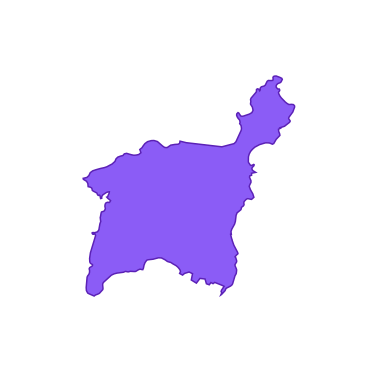 outline of Crimea, rotated 311°
{"feature_id": "UKR-283", "entity_name": "Crimea", "entity_type": "Autonomous Republic", "adm_level": 1, "iso_a3": "UKR", "parent_name": "Ukraine", "parent_adm1": "", "projection": "albers", "projection_center": [34.531, 45.3], "detail": "fine", "context": "isolated", "style": "filled", "palette": "violet", "viewbox_px": 384, "rotation_deg": 311, "n_neighbors": 0, "source": "natural_earth", "source_scale": "10m", "svg_char_len": 4888}
<svg xmlns="http://www.w3.org/2000/svg" viewBox="0 0 384 384"><g transform="rotate(311 192 192)"><path d="M127.9,110.1L130.1,107.8L130.9,105.4L130.3,101.7L130.9,100.9L134.0,103.1L136.7,103.4L139.9,102.5L142.9,103.2L146.1,105.1L149.6,107.4L152.8,109.8L155.2,111.2L158.1,112.3L160.6,113.3L164.5,113.8L167.2,112.9L169.6,113.1L172.2,114.5L174.1,115.9L176.4,115.9L178.3,117.3L179.4,119.8L180.4,121.9L181.6,124.0L183.2,125.6L185.3,127.2L188.1,127.7L189.2,125.9L189.8,124.7L192.6,125.2L194.7,124.9L197.6,124.7L200.8,125.4L204.0,127.5L205.9,129.5L207.4,132.8L207.4,135.8L207.4,139.7L207.7,142.2L209.2,144.1L213.4,145.2L216.6,147.8L219.1,150.3L220.7,150.7L222.5,149.6L225.5,155.4L245.7,184.9L256.1,192.0L258.7,192.2L271.0,188.6L272.5,187.6L274.3,185.5L274.6,184.5L274.7,183.7L275.0,183.0L276.0,182.7L276.3,182.4L277.4,180.9L277.6,180.4L277.8,178.6L278.4,176.7L279.3,175.2L280.4,174.5L282.1,174.6L282.3,175.6L281.8,177.2L281.4,178.9L281.9,180.1L283.2,181.1L288.5,184.2L291.2,185.1L293.7,184.5L295.7,181.8L296.6,178.7L296.9,178.3L298.8,177.1L300.2,175.5L301.6,175.0L309.6,174.9L310.6,174.3L311.7,173.4L312.8,173.7L313.4,174.9L312.8,176.7L313.7,176.6L314.4,176.1L315.0,175.5L315.7,175.2L317.0,175.4L319.3,176.9L320.7,177.2L324.8,176.1L326.2,176.4L328.0,178.6L329.2,179.7L330.3,179.3L331.5,178.0L332.6,177.7L333.7,178.3L334.8,179.5L336.1,182.9L336.7,185.2L336.2,186.3L333.9,186.9L333.1,187.0L332.3,186.8L330.2,185.7L328.6,185.5L327.2,185.9L326.3,186.9L326.0,188.9L326.3,189.6L326.8,190.0L327.0,190.4L326.5,191.3L325.9,191.7L324.4,191.8L323.7,192.1L322.9,193.4L322.1,195.4L321.6,197.6L321.1,203.4L321.2,205.6L321.6,207.7L323.6,209.8L324.5,211.2L324.4,212.7L323.5,213.7L318.5,215.6L312.3,216.1L311.5,216.3L310.8,216.8L310.6,217.3L310.2,219.1L309.9,219.6L308.6,219.9L302.3,218.7L298.3,216.3L298.3,217.0L296.1,216.1L294.6,217.7L293.4,220.0L292.4,221.2L287.0,221.0L282.2,221.9L280.8,221.3L280.1,219.1L279.7,218.1L277.6,215.5L276.7,214.8L272.1,211.9L267.1,210.0L264.0,209.6L261.0,209.6L258.1,210.3L255.6,211.5L251.9,214.6L251.3,215.4L251.1,216.5L250.8,217.4L250.6,218.1L250.8,219.2L251.2,219.6L253.3,220.5L253.3,221.1L252.4,221.5L250.1,221.4L249.0,221.8L248.2,223.0L248.1,224.2L248.6,227.2L245.2,224.6L244.9,225.0L244.2,225.5L243.7,226.0L242.0,225.0L240.8,225.8L239.2,229.1L237.9,230.2L234.9,231.0L233.7,231.6L232.0,234.8L230.5,239.1L228.6,242.2L225.5,241.8L224.8,240.7L224.1,239.3L223.3,238.2L221.9,237.7L219.5,237.6L218.8,237.7L218.0,238.1L217.4,238.6L217.0,239.2L216.4,239.7L215.1,239.9L212.8,239.4L211.8,240.1L210.7,240.5L205.8,239.7L203.3,240.6L198.3,244.0L195.7,245.2L190.1,246.4L187.7,247.4L186.0,249.3L185.9,249.0L185.9,248.8L185.8,248.7L185.5,248.7L182.7,252.7L182.4,253.4L181.7,254.3L179.3,258.5L176.5,265.7L175.8,267.0L175.2,267.2L173.6,266.9L172.6,267.0L171.9,266.9L171.5,266.9L171.2,267.3L171.2,267.6L171.2,267.9L171.0,268.3L169.5,270.7L168.6,271.5L165.3,272.1L164.4,273.2L163.7,274.7L162.8,276.4L162.0,277.2L159.6,278.8L158.6,279.1L157.0,279.4L149.3,282.9L147.9,283.1L146.3,282.8L141.8,281.0L140.9,281.1L139.5,281.6L138.7,281.7L134.0,281.5L133.2,281.3L135.7,280.5L135.8,279.4L137.2,278.7L141.9,278.1L141.2,275.6L138.7,268.5L136.6,268.0L136.1,265.7L133.3,265.9L132.2,263.1L134.9,258.9L132.0,254.7L126.1,255.1L125.1,249.2L130.7,246.0L129.7,242.3L125.7,239.8L123.1,239.4L122.4,236.1L124.4,235.5L125.2,234.3L125.7,232.6L126.0,230.6L126.0,228.4L125.2,224.5L125.0,222.8L124.9,222.2L123.7,219.7L123.4,218.8L123.2,216.3L122.2,212.2L120.4,209.9L115.7,206.7L111.8,203.1L110.7,202.6L107.8,202.9L105.1,203.9L102.7,205.3L101.1,205.8L100.4,204.8L99.7,203.4L98.2,202.6L95.1,201.6L94.1,200.6L91.7,197.5L90.0,196.4L89.4,195.6L88.6,194.1L88.0,193.6L86.8,193.1L86.2,192.7L81.6,188.6L79.1,186.9L76.3,185.7L65.9,184.5L64.4,184.7L63.3,185.5L60.8,188.1L59.8,188.7L54.8,188.6L53.3,188.0L50.9,186.7L49.3,186.4L47.6,181.0L47.3,179.6L48.3,177.0L50.5,174.8L58.9,168.7L60.2,168.3L61.8,168.2L63.1,167.9L64.2,167.3L65.2,166.5L65.9,165.8L66.3,165.1L66.9,164.6L67.9,164.4L68.6,164.6L70.0,165.1L70.8,165.2L71.7,164.9L71.9,164.2L71.7,163.2L71.6,162.5L71.7,161.7L72.0,161.1L72.5,160.4L74.7,158.3L79.5,155.2L95.3,148.1L96.2,147.5L96.6,146.3L96.3,145.9L95.6,145.5L95.1,144.9L95.2,143.9L95.8,143.4L96.4,143.8L97.5,145.3L100.0,146.8L102.4,146.5L107.5,143.4L110.0,142.4L110.4,141.8L112.5,139.5L113.5,139.0L116.5,137.2L117.5,136.8L118.0,137.0L119.3,137.9L120.1,138.1L120.8,138.1L122.5,137.6L124.2,135.5L125.6,134.6L126.4,134.3L127.0,134.2L127.8,134.4L128.5,134.8L129.2,135.3L129.4,135.9L129.7,136.4L130.5,136.5L132.0,136.3L132.1,135.1L132.0,132.8L132.2,131.0L133.2,131.5L134.4,130.9L136.7,130.3L137.9,129.5L136.7,128.4L135.4,127.7L131.4,126.6L129.7,126.8L128.9,127.1L128.4,127.7L128.0,128.0L127.1,127.3L128.4,125.6L129.0,124.5L128.8,124.0L128.0,123.6L127.9,122.8L128.3,121.8L128.8,121.0L128.7,120.3L127.9,116.9L127.8,115.7L128.6,114.7L129.2,113.6L128.9,112.1L127.9,110.1Z" fill="#8b5cf6" stroke="#5b21b6" stroke-width="1.5"/></g></svg>